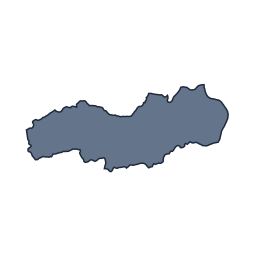 outline of Cafelândia, São Paulo, Brazil, rotated 35°
{"feature_id": "56859067B56481276286915", "entity_name": "Cafelândia", "entity_type": "district", "adm_level": 2, "iso_a3": "BRA", "parent_name": "Brazil", "parent_adm1": "São Paulo", "projection": "robinson", "projection_center": [-49.562, -21.732], "detail": "fine", "context": "isolated", "style": "filled", "palette": "slate", "viewbox_px": 256, "rotation_deg": 35, "n_neighbors": 0, "source": "geoboundaries", "source_scale": "gbopen_adm2", "svg_char_len": 4525}
<svg xmlns="http://www.w3.org/2000/svg" viewBox="0 0 256 256"><g transform="rotate(35 128 128)"><path d="M209.7,84.8L208.8,82.6L208.1,80.9L207.3,78.9L206.5,77.3L206.3,76.0L206.0,74.1L205.9,72.1L205.8,70.9L205.5,69.5L205.2,67.7L205.0,66.1L204.5,64.6L204.3,63.3L203.8,62.2L202.9,60.6L202.2,59.4L200.6,57.8L199.7,57.1L198.9,56.7L197.2,55.9L195.1,55.2L192.9,54.3L191.9,54.0L189.6,53.2L187.4,53.0L186.1,53.2L184.4,54.0L183.3,54.4L181.7,54.9L179.2,56.2L178.2,56.5L176.8,56.6L175.5,56.5L174.1,56.1L172.5,55.3L171.4,54.6L169.6,53.2L168.6,52.2L167.4,51.3L166.7,50.5L165.4,48.9L164.0,49.9L162.8,51.2L161.7,52.6L161.2,53.7L161.0,55.1L160.9,56.4L160.8,57.5L160.2,58.5L159.2,59.6L157.7,60.8L156.4,61.1L154.8,61.0L153.0,61.0L151.9,61.4L151.0,62.0L149.8,62.5L148.9,63.3L148.0,64.1L148.0,65.3L148.5,66.6L148.5,68.5L148.4,71.7L148.1,73.4L147.8,75.1L147.6,76.6L148.1,78.7L148.5,80.3L148.1,82.3L147.3,83.2L145.9,83.8L144.5,83.1L143.9,81.5L143.5,80.4L142.4,79.2L141.6,78.6L141.2,80.5L140.5,81.6L139.1,81.8L138.1,81.6L136.8,81.4L135.6,82.2L134.8,82.8L133.8,83.3L132.2,84.1L130.8,84.9L129.3,85.6L126.7,86.6L125.9,87.3L125.1,87.9L125.6,89.2L125.9,91.1L125.5,92.7L126.5,93.4L127.0,94.7L126.7,96.2L127.5,97.3L126.3,98.2L126.8,99.8L126.9,101.5L125.9,103.2L124.8,103.9L124.2,105.2L124.1,106.6L124.3,108.8L124.0,110.9L124.1,112.8L123.8,114.4L124.1,115.6L123.4,116.8L122.6,117.6L121.6,118.5L120.3,119.1L119.5,120.0L118.4,120.7L117.1,121.4L116.4,122.3L115.6,122.9L114.4,123.5L112.7,123.9L111.8,124.6L110.3,124.6L109.5,125.4L108.4,126.1L106.8,126.8L105.7,127.4L104.8,127.7L103.8,127.4L102.7,127.4L101.5,126.9L99.9,126.6L99.0,127.2L97.9,127.1L96.5,126.4L95.2,126.0L94.1,126.5L92.9,126.9L91.5,127.5L90.5,128.3L89.4,128.3L88.4,128.6L87.3,129.3L85.6,130.2L84.5,131.1L83.6,131.8L82.2,131.4L80.5,131.4L79.0,130.7L77.6,130.4L76.1,131.1L75.3,131.8L74.5,132.5L73.4,133.1L72.9,134.6L72.9,135.9L72.4,136.9L72.3,138.2L73.9,140.3L72.5,140.9L71.3,141.3L70.3,141.8L69.4,142.9L69.3,144.3L68.2,144.8L67.3,145.4L66.1,145.6L65.2,146.0L64.5,147.3L63.7,149.1L63.8,150.9L63.8,152.5L63.3,153.7L62.5,154.4L61.3,155.0L60.3,155.2L58.9,155.5L57.8,155.2L57.3,156.7L56.9,158.0L56.3,159.1L55.7,160.3L55.2,162.2L54.8,163.6L54.0,165.1L53.7,166.4L52.9,167.5L52.2,168.2L52.1,169.4L51.6,170.8L50.5,172.7L49.5,173.6L48.3,173.7L47.4,174.2L46.9,175.3L46.4,176.3L46.2,177.5L46.9,178.3L48.3,178.9L49.2,180.0L49.6,181.5L49.3,183.5L48.0,184.1L47.1,185.2L46.7,186.4L45.9,187.8L52.6,194.9L54.0,195.3L54.9,196.3L55.5,197.5L56.5,198.1L57.9,197.8L58.9,198.1L59.1,199.3L58.3,201.2L58.1,202.4L58.9,203.7L59.9,204.4L61.3,203.9L62.3,203.7L63.3,204.2L64.2,204.7L65.7,205.8L67.3,206.1L68.8,206.6L70.3,207.1L71.3,206.3L72.1,205.7L72.3,204.4L72.8,203.2L73.7,202.2L74.3,200.5L75.8,199.6L77.4,198.8L78.8,197.7L80.1,197.2L80.6,196.1L81.8,195.5L81.8,194.0L81.5,192.4L83.8,190.5L84.7,189.2L85.4,188.4L86.6,186.9L87.7,186.0L88.2,184.6L89.0,183.9L90.0,183.3L90.9,182.5L91.7,182.0L92.8,180.9L93.4,179.7L94.1,178.5L95.1,176.8L96.3,176.0L97.2,175.4L98.0,174.7L99.7,174.2L101.1,173.3L102.4,174.4L102.7,176.2L103.8,176.9L105.4,177.8L106.7,178.5L108.1,178.9L109.0,179.1L110.3,179.7L110.9,180.6L112.7,180.7L113.8,179.6L114.9,178.1L115.1,177.1L115.5,175.7L117.0,174.7L119.0,174.5L120.1,174.2L120.7,173.2L121.2,172.0L121.4,170.9L121.7,169.7L122.7,168.8L124.0,167.7L125.0,166.5L126.1,166.1L127.0,166.7L127.8,167.3L129.2,168.6L130.2,170.0L130.6,171.4L131.1,172.7L131.5,173.8L132.0,174.9L133.2,174.0L135.2,173.3L136.6,173.8L138.3,173.9L139.3,173.2L139.4,171.6L139.1,170.1L139.0,168.3L140.4,167.9L141.5,167.6L142.3,167.1L143.3,165.5L144.7,164.4L146.1,162.9L147.2,161.8L148.2,161.5L149.7,161.7L150.4,159.6L150.8,157.4L151.6,156.4L152.6,156.1L153.8,155.4L155.5,153.3L156.3,152.6L157.0,151.7L158.0,150.2L159.6,148.9L160.7,148.2L161.7,147.8L163.1,147.6L164.4,147.9L166.2,148.5L167.9,148.7L168.8,147.0L170.0,145.8L169.7,144.1L169.5,142.6L171.2,142.1L172.0,141.0L172.9,139.6L174.6,138.4L175.4,137.6L175.9,136.1L176.0,135.0L175.3,134.2L174.0,131.8L173.9,130.3L173.5,129.3L174.4,127.4L175.6,126.2L176.5,125.5L176.3,123.8L176.6,122.1L177.7,121.7L178.0,120.4L177.9,118.8L177.8,117.0L178.0,115.3L178.5,114.1L179.8,113.4L180.9,113.1L181.9,114.0L182.9,113.6L183.9,112.7L184.5,111.6L184.7,110.0L183.8,109.0L184.0,107.7L185.9,107.3L186.7,103.7L188.0,103.6L189.1,103.4L190.0,102.8L191.3,101.4L192.2,100.6L193.3,100.3L195.9,100.1L197.9,99.6L199.2,99.6L200.9,98.6L202.5,97.6L203.5,96.4L204.1,95.1L205.0,93.9L206.1,92.3L206.8,91.2L207.8,90.2L209.0,89.0L210.1,87.7L209.7,86.3L209.7,84.8Z" fill="#64748b" stroke="#1e293b" stroke-width="1.5"/></g></svg>